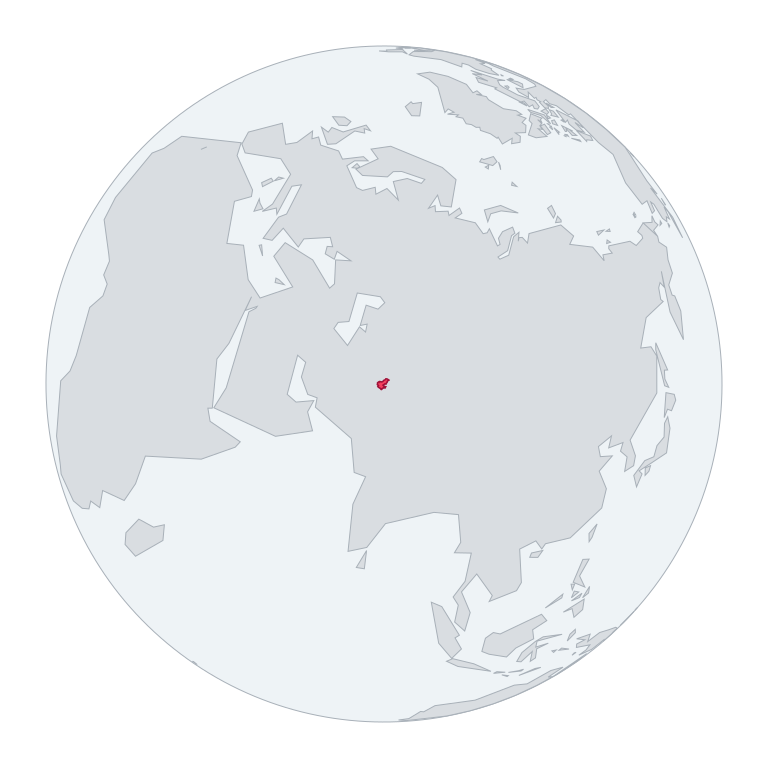 Faryab on an orthographic globe, rotated 37°
{"feature_id": "AFG-1745", "entity_name": "Faryab", "entity_type": "Province", "adm_level": 1, "iso_a3": "AFG", "parent_name": "Afghanistan", "parent_adm1": "", "projection": "orthographic", "projection_center": [65.119, 36.214], "detail": "fine", "context": "on_globe", "style": "filled", "palette": "rose", "viewbox_px": 768, "rotation_deg": 37, "n_neighbors": 0, "source": "natural_earth", "source_scale": "10m", "svg_char_len": 12864}
<svg xmlns="http://www.w3.org/2000/svg" viewBox="0 0 768 768"><g transform="rotate(37 384 384)"><circle cx="384" cy="384" r="338" fill="#eef3f6" stroke="#a8b0b8"/><path d="M434.0,49.8L442.7,52.9L471.7,63.6L487.9,68.0L478.8,67.0L514.2,77.1L534.5,87.5L507.2,75.4L501.1,74.1L512.7,80.4L508.9,80.6L512.3,84.1L506.7,84.1L491.3,78.0L487.4,78.1L495.8,82.8L495.5,86.3L483.7,79.4L482.0,85.1L455.9,78.0L428.8,62.8L409.9,62.1L370.4,56.0L369.6,57.9L354.2,58.0L347.5,60.5L342.1,59.5L341.4,62.6L347.7,63.1L349.5,64.9L346.1,66.7L338.6,65.4L339.2,64.3L335.2,64.9L332.9,63.6L332.2,65.3L323.5,64.1L327.0,68.1L315.9,69.6L311.5,68.1L318.6,64.5L326.1,54.9L323.8,53.8L313.5,55.0L279.9,64.2L274.7,65.1L262.7,69.0L262.4,69.7L271.8,67.1L268.4,70.2L280.2,67.5L280.6,68.7L290.0,68.3L281.4,72.6L267.8,77.4L259.5,78.4L253.3,80.8L255.3,84.0L234.3,90.6L210.5,104.2L205.9,106.0L207.3,100.9L222.1,89.8L224.0,86.5L215.4,93.4L203.9,99.1L198.9,102.4L195.2,105.3L196.7,105.3L191.3,108.6L197.7,102.2L202.8,99.0L200.7,100.8L207.6,96.1L210.3,94.1L233.0,81.7L256.5,71.0L280.8,62.2L305.7,55.3L331.0,50.3L356.7,47.2L382.5,46.1L408.3,47.0L434.0,49.8ZM444.4,51.5L445.0,51.6L446.8,52.1L441.5,51.1L442.0,51.1L444.4,51.5ZM500.3,71.6L493.6,68.7L501.4,71.6L500.3,71.6ZM513.8,84.7L516.9,85.6L517.3,87.1L513.8,84.7ZM294.1,66.1L292.1,67.1L291.4,66.6L294.1,66.1ZM300.2,65.0L300.8,63.7L303.8,63.0L303.3,63.9L300.2,65.0ZM509.2,88.6L509.0,91.2L506.5,87.5L509.2,88.6ZM298.7,66.9L308.9,62.1L314.1,61.1L316.7,63.7L298.7,66.9ZM507.1,92.0L506.8,99.0L513.7,101.4L494.0,99.4L500.8,93.6L496.7,88.4L502.7,91.6L507.1,92.0ZM351.1,62.6L344.3,62.1L353.1,61.0L351.1,62.6ZM356.3,61.6L380.6,57.2L389.0,59.5L379.1,60.2L392.4,62.4L384.5,65.5L375.4,65.0L371.6,62.8L371.5,65.8L356.3,61.6ZM483.3,97.5L480.9,98.7L480.4,96.4L483.3,97.5ZM350.9,65.5L355.0,64.2L362.6,66.0L355.6,69.0L355.4,67.4L350.9,65.5ZM399.8,61.7L404.2,63.9L399.0,66.9L399.9,68.3L385.1,65.8L399.8,61.7ZM352.0,67.9L351.8,70.6L345.2,71.5L347.3,67.0L352.0,67.9ZM367.5,65.3L370.7,66.4L366.6,66.7L367.5,65.3ZM321.7,77.5L326.5,75.3L330.9,75.9L321.7,77.5ZM352.2,71.6L354.5,71.2L356.8,71.4L355.3,73.4L352.2,71.6ZM382.4,68.4L379.3,69.4L388.3,69.5L384.7,72.2L375.4,70.3L377.9,72.3L376.9,73.2L370.5,70.7L382.4,68.4ZM360.6,76.0L347.6,75.2L337.7,78.8L333.5,78.2L350.2,72.6L360.6,76.0ZM367.0,73.0L362.1,74.7L359.4,72.8L361.1,70.6L367.0,73.0ZM385.7,75.0L393.5,71.3L395.2,71.9L385.7,75.0ZM358.3,77.4L361.5,77.6L357.9,77.8L358.3,77.4ZM377.8,76.0L380.4,74.5L382.3,75.2L377.8,76.0ZM365.8,79.5L361.6,79.1L362.5,77.4L365.8,79.5ZM371.7,78.1L373.8,79.5L365.4,77.1L372.5,77.3L371.7,78.1ZM379.3,76.9L381.2,76.8L377.9,77.4L379.3,76.9ZM364.4,86.5L353.6,83.8L355.8,79.9L366.0,83.0L364.4,86.5ZM57.3,396.6L59.8,339.1L66.5,328.1L73.4,307.9L124.7,277.3L129.2,290.0L162.3,308.2L165.3,314.1L154.6,328.1L173.9,366.3L188.3,357.7L212.7,382.4L233.3,389.9L252.7,361.4L219.1,348.3L220.0,330.6L252.4,327.8L282.9,340.2L284.2,333.8L270.7,314.0L283.5,305.5L266.7,306.3L269.2,314.3L258.7,315.4L255.8,308.3L260.4,305.3L252.9,299.2L232.7,316.3L233.1,326.2L209.8,320.2L208.2,336.6L199.8,340.4L199.4,314.2L203.9,306.9L198.2,274.6L191.4,281.5L196.3,312.9L192.1,308.3L182.9,319.4L186.7,307.4L183.2,272.7L166.0,266.2L134.0,283.0L126.1,277.9L124.1,264.4L145.9,236.9L161.2,251.8L169.1,243.5L174.7,224.9L178.9,231.5L183.1,226.1L189.7,231.3L207.5,225.2L215.5,229.4L230.8,214.8L237.0,215.3L226.2,223.5L223.0,232.1L243.9,243.7L250.4,242.3L258.6,232.2L263.3,237.3L268.7,226.1L284.8,228.5L269.6,216.7L278.9,205.9L293.1,201.3L293.5,196.0L270.3,203.6L263.6,208.8L262.1,216.5L241.3,230.4L232.3,229.3L243.8,207.7L232.3,204.2L246.3,190.1L300.2,176.0L318.5,177.4L331.2,202.1L322.2,207.5L313.1,200.9L313.8,216.9L317.4,210.8L321.4,215.4L331.2,207.4L334.5,210.3L338.4,198.0L343.5,200.8L340.9,208.5L359.9,200.3L372.7,204.3L375.4,201.1L374.7,196.6L391.5,205.4L392.7,202.7L387.7,198.7L387.0,191.0L392.3,181.3L397.8,184.8L396.6,188.8L402.5,203.1L398.6,214.0L401.4,214.6L406.1,206.1L398.9,188.4L400.5,181.6L405.3,189.2L403.7,185.9L406.2,183.7L413.8,185.1L409.3,176.6L429.5,150.6L446.4,151.7L448.3,160.7L468.3,149.1L485.7,153.1L481.1,149.1L487.5,142.1L482.1,140.7L480.4,138.4L494.5,122.0L502.1,121.6L502.9,111.9L500.5,110.1L494.9,109.7L494.0,99.4L513.7,101.4L518.1,105.2L527.4,104.7L536.1,113.9L547.6,121.9L551.8,133.5L560.6,139.6L563.2,138.7L577.1,147.1L596.5,168.4L569.2,154.4L537.7,127.1L549.5,138.0L543.4,136.9L545.5,141.9L554.2,150.0L557.3,150.1L553.4,173.2L567.4,200.8L574.8,193.6L585.0,197.5L607.3,227.0L614.3,280.7L628.0,290.0L632.5,299.0L628.8,309.0L622.0,295.9L613.3,295.3L610.1,286.9L601.9,299.8L596.9,288.5L592.9,304.9L600.5,311.8L609.6,304.0L608.3,324.1L624.6,333.8L632.5,352.0L625.3,394.8L609.1,414.4L609.3,420.8L599.7,417.9L591.7,434.2L613.2,459.9L614.2,469.3L598.9,494.4L597.8,487.8L572.4,479.9L571.0,503.4L590.4,514.7L597.1,532.7L583.7,531.6L576.4,515.9L567.4,512.5L567.5,492.8L555.5,466.5L541.8,476.4L540.6,464.3L522.1,443.5L501.1,456.5L469.2,494.6L468.6,524.9L456.0,539.3L431.5,498.7L425.1,469.1L413.4,472.6L390.7,447.2L343.1,443.8L338.9,435.3L329.4,438.2L313.8,428.1L308.4,413.8L297.7,413.0L312.9,450.5L324.6,451.4L337.9,439.5L339.7,452.2L355.1,464.4L328.8,491.1L262.4,505.4L260.3,482.0L232.7,407.6L236.0,400.8L236.1,399.9L236.0,398.3L228.9,408.8L225.7,394.0L235.7,444.9L235.5,464.6L261.4,506.6L257.9,509.3L267.6,518.5L304.0,516.7L303.2,524.0L283.3,554.0L236.8,585.2L245.6,613.2L246.6,633.4L223.4,638.4L231.4,653.8L220.2,654.0L223.5,661.3L217.8,664.9L206.3,664.3L180.3,650.2L174.0,643.2L153.8,622.6L123.9,576.0L125.4,562.5L121.1,546.5L102.9,500.0L106.5,482.8L102.8,470.8L94.5,465.6L90.8,451.1L86.2,446.1L61.6,421.2L57.3,396.6ZM99.8,301.3L96.6,306.8L99.8,301.3ZM310.6,369.9L331.7,375.2L330.0,353.1L338.0,353.6L334.5,346.3L329.8,351.6L322.3,331.8L334.2,327.8L335.7,318.6L328.6,316.5L307.9,327.4L318.4,355.2L310.3,362.4L310.6,369.9ZM203.5,99.4L202.8,100.1L198.4,103.4L198.9,102.6L203.5,99.4ZM188.0,115.8L179.6,121.0L186.0,116.4L185.0,115.7L197.4,105.8L204.2,106.4L198.9,107.6L188.0,115.8ZM215.7,93.9L207.1,99.4L216.3,93.5L215.7,93.9ZM199.6,194.3L199.0,200.0L192.2,204.5L182.1,201.4L191.8,194.6L199.6,194.3ZM199.7,207.3L213.9,188.0L220.8,189.9L214.5,192.0L217.6,195.2L208.4,199.5L201.0,221.1L194.6,226.6L179.4,216.5L187.9,216.4L188.0,210.5L199.7,207.3ZM238.2,142.8L244.5,136.5L251.2,148.4L244.6,153.1L234.1,149.7L235.8,142.3L238.2,142.8ZM301.3,73.3L303.2,71.5L305.3,71.7L305.3,73.3L301.3,73.3ZM323.6,76.4L294.9,81.6L295.7,79.7L277.9,86.1L273.1,83.8L284.7,79.5L267.7,83.0L276.3,78.2L264.5,81.4L291.0,72.2L298.1,68.7L292.1,73.3L296.3,75.4L300.3,75.3L316.7,72.7L334.0,67.1L341.0,69.0L341.3,71.9L338.2,73.5L334.7,71.6L333.1,75.2L325.6,73.7L323.6,76.4ZM341.3,115.3L338.5,110.6L334.1,121.1L326.6,118.2L326.5,119.7L318.4,120.1L308.4,123.4L306.0,121.3L303.1,123.6L297.7,124.2L293.0,126.7L287.0,124.2L280.7,127.2L281.4,124.3L272.3,130.3L276.4,124.8L269.7,125.7L269.3,130.6L248.4,114.6L236.5,113.5L224.2,116.1L233.0,107.3L250.0,99.8L269.5,95.1L279.8,97.9L281.8,93.9L287.4,94.2L283.4,97.2L292.8,92.9L296.3,94.1L313.7,92.3L325.1,86.2L331.7,85.8L329.0,88.8L337.5,86.3L336.9,92.0L341.7,92.0L345.8,98.0L337.8,104.5L343.8,104.1L347.2,109.1L341.3,115.3ZM365.2,88.2L357.3,95.8L349.4,98.2L345.5,86.9L341.3,86.2L338.5,79.9L350.1,76.7L349.8,78.7L352.3,80.0L347.6,80.4L353.2,81.1L353.0,84.0L357.2,85.4L353.5,87.4L365.2,88.2ZM173.0,311.2L176.1,314.2L181.9,316.9L176.2,324.3L173.0,311.2ZM170.1,287.5L173.5,288.6L168.2,299.5L165.1,296.8L170.1,287.5ZM179.8,280.2L174.1,287.8L175.3,282.1L179.8,280.2ZM229.8,224.2L234.0,225.1L232.7,227.8L228.4,230.4L229.8,224.2ZM326.7,149.0L326.3,145.2L328.7,144.6L334.5,136.5L340.5,138.5L339.4,144.1L326.7,149.0ZM244.5,364.7L236.0,368.5L234.0,364.4L237.3,363.9L244.5,364.7ZM202.5,346.5L210.0,354.8L200.8,348.4L202.5,346.5ZM334.3,149.8L336.0,146.2L337.9,149.5L334.3,149.8ZM345.2,139.6L348.3,142.7L341.9,137.8L345.2,139.6ZM398.9,720.3L403.7,720.5L397.8,720.8L398.9,720.3ZM301.6,642.0L289.2,671.1L273.8,668.0L267.4,658.1L269.5,639.5L286.1,637.0L293.3,628.6L301.6,642.0ZM653.1,545.4L658.8,542.1L658.4,543.5L653.1,545.4ZM647.3,545.8L654.3,541.2L645.6,549.2L647.3,545.8ZM656.9,539.5L664.0,532.0L667.1,527.8L666.2,530.7L656.9,539.5ZM642.3,549.1L613.0,565.1L600.8,567.8L604.2,562.0L624.1,553.4L642.3,549.1ZM603.2,562.4L583.7,558.1L553.1,529.8L564.1,527.0L595.4,539.3L593.5,544.0L605.3,549.0L603.2,562.4ZM648.2,515.5L646.1,528.3L630.5,536.6L623.1,538.7L618.0,526.0L620.9,516.7L627.2,513.7L648.4,473.1L656.4,475.0L650.6,490.8L656.9,497.4L648.2,515.5ZM470.3,527.5L479.5,543.4L472.3,547.2L470.3,527.5ZM654.7,447.8L647.6,465.8L653.3,444.2L654.7,447.8ZM656.7,429.1L658.3,435.1L653.9,431.3L656.7,429.1ZM611.2,429.9L604.7,434.7L603.5,430.2L611.0,421.4L611.2,429.9ZM638.4,367.5L642.4,381.2L642.7,386.5L637.7,380.0L638.4,367.5ZM388.3,166.6L373.4,175.2L366.8,183.8L369.3,192.0L359.4,184.6L369.7,171.2L388.3,166.6ZM423.9,151.9L421.6,145.6L426.7,146.5L428.0,148.0L423.9,151.9ZM419.5,149.4L408.9,145.3L410.3,140.6L418.4,144.7L419.5,149.4ZM371.2,146.3L366.3,148.5L364.9,145.7L371.2,146.3ZM633.9,611.4L604.6,639.2L597.8,643.6L605.2,636.3L610.3,623.5L613.0,621.9L618.3,610.2L647.0,581.7L669.3,546.1L678.7,537.4L689.7,512.4L697.4,502.4L691.5,519.3L695.1,515.9L708.1,477.3L705.4,488.5L697.2,510.9L687.4,532.7L676.2,553.8L663.5,574.0L649.4,593.2L633.9,611.4ZM667.1,535.6L675.9,520.2L679.8,515.9L667.1,535.6ZM714.0,456.6L713.5,455.8L709.6,470.8L702.8,483.3L705.4,474.8L705.4,468.4L696.2,478.6L694.4,475.7L698.3,467.4L691.2,471.6L699.2,459.7L701.7,467.1L705.8,452.7L711.4,445.0L715.5,438.8L717.2,438.7L716.2,444.0L716.1,446.6L714.0,456.6ZM697.7,484.3L698.9,482.7L697.4,487.5L697.7,484.3ZM719.5,424.7L718.7,430.9L717.9,434.8L720.4,416.3L720.5,415.0L719.5,424.7ZM720.6,413.9L720.5,412.5L721.0,409.4L720.9,410.2L720.6,413.9ZM681.6,492.8L681.0,496.3L678.7,496.1L681.6,492.8ZM684.8,488.0L691.3,484.3L684.0,491.3L684.8,488.0ZM661.0,497.2L663.5,502.8L671.2,492.1L665.3,503.5L669.8,511.6L667.7,517.5L663.4,508.4L660.6,523.4L657.0,525.7L655.8,515.5L659.8,498.6L663.3,490.1L676.9,476.7L661.0,497.2ZM685.0,479.0L683.1,472.0L684.4,464.8L686.5,467.5L685.0,479.0ZM676.1,456.0L669.4,450.2L664.5,458.3L673.3,435.3L678.4,444.6L676.1,456.0ZM668.6,436.9L664.2,444.4L668.0,431.9L668.6,436.9ZM662.3,441.9L660.6,434.9L664.7,432.9L662.3,441.9ZM671.2,435.2L670.0,421.9L673.1,427.8L671.2,435.2ZM655.7,419.6L666.6,425.3L654.4,428.5L648.4,404.4L653.2,400.4L655.7,419.6ZM647.5,299.9L643.2,293.8L646.0,288.8L648.1,294.3L647.5,299.9ZM651.1,269.0L645.3,285.5L640.0,299.8L644.2,300.5L647.6,314.2L638.5,306.7L638.4,288.2L643.3,279.7L639.1,268.9L639.6,257.8L631.7,246.6L630.3,239.4L639.0,247.2L651.1,269.0ZM628.0,242.2L614.4,221.2L622.0,217.6L626.7,221.3L629.7,232.3L625.6,233.5L628.0,242.2ZM613.4,215.3L609.2,216.5L580.4,193.1L576.2,187.5L602.1,202.1L599.6,204.2L605.3,211.0L613.4,215.3ZM484.3,100.2L481.2,98.8L484.7,98.9L484.3,100.2ZM477.3,137.8L475.5,134.7L479.6,134.5L477.3,137.8ZM472.8,126.1L469.4,128.4L470.7,124.5L472.8,126.1ZM462.2,134.2L467.0,128.6L465.7,136.1L462.2,134.2Z" fill="#d9dde1" stroke="#a8b0b8" stroke-width="1"/><path d="M382.2,380.2L382.3,379.9L382.4,379.7L382.3,379.0L382.3,378.8L382.4,378.7L382.5,378.6L383.4,378.1L383.7,378.0L385.7,377.9L385.7,378.0L385.2,379.0L385.0,379.4L385.0,379.6L385.0,379.9L385.3,380.2L385.3,380.5L385.5,380.7L385.5,380.8L385.5,381.0L385.4,381.4L385.4,381.5L385.5,381.8L385.5,382.1L385.5,382.3L385.6,382.5L385.7,382.8L385.7,383.0L384.8,383.1L384.7,383.2L384.6,383.3L384.4,383.8L384.4,384.1L384.5,384.2L384.5,384.3L384.4,384.4L384.4,384.5L384.2,384.7L384.3,384.9L384.3,385.0L384.2,385.1L384.0,385.3L383.9,385.3L383.9,385.5L384.0,385.5L384.3,385.7L384.6,385.6L384.8,385.7L385.0,385.7L385.2,385.8L385.4,385.8L385.7,385.7L385.8,385.7L386.0,385.5L386.3,385.6L386.5,385.5L386.6,385.4L386.8,385.2L387.0,385.1L387.0,385.3L387.0,385.5L387.1,385.8L387.3,386.1L387.3,386.3L387.2,386.4L387.2,386.5L386.9,386.5L386.7,386.5L386.7,386.8L386.5,387.0L386.4,387.2L386.2,387.2L385.9,387.2L385.8,387.3L385.7,387.3L385.7,387.5L385.8,387.8L385.6,388.2L385.5,388.4L385.4,388.5L385.4,388.8L385.4,389.0L385.4,389.3L385.5,389.4L385.5,389.5L385.4,389.8L385.3,390.0L385.0,390.1L384.9,390.0L384.7,390.0L384.7,389.9L384.6,389.7L384.5,389.8L384.4,389.8L384.2,389.7L383.9,389.7L383.7,389.8L383.4,389.8L383.0,389.9L382.9,389.9L382.7,389.7L382.5,389.8L382.1,389.9L381.8,390.0L381.7,390.0L381.1,389.9L380.6,389.8L380.6,389.7L380.6,389.3L380.6,389.2L380.7,388.9L380.7,388.7L380.4,388.7L380.2,388.8L379.8,388.7L379.9,388.4L379.5,388.3L378.8,388.3L378.7,388.2L378.6,387.5L378.6,387.4L378.5,387.2L378.4,387.0L378.2,387.0L378.1,386.9L378.2,386.7L378.2,386.4L378.3,386.3L378.3,386.2L378.4,385.8L378.4,385.6L378.4,385.3L378.4,385.1L378.2,385.0L378.3,385.0L378.9,385.2L378.8,384.9L378.9,384.7L379.3,384.4L379.6,384.3L379.8,384.3L380.0,384.3L380.1,384.1L380.3,383.9L380.6,383.8L380.8,383.8L381.0,383.7L381.4,383.0L381.5,382.8L381.6,382.5L381.6,382.3L381.6,382.2L381.5,381.8L381.5,381.7L381.6,381.4L381.6,381.2L382.2,380.2Z" fill="#f43f5e" stroke="#9f1239" stroke-width="1.5"/></g></svg>